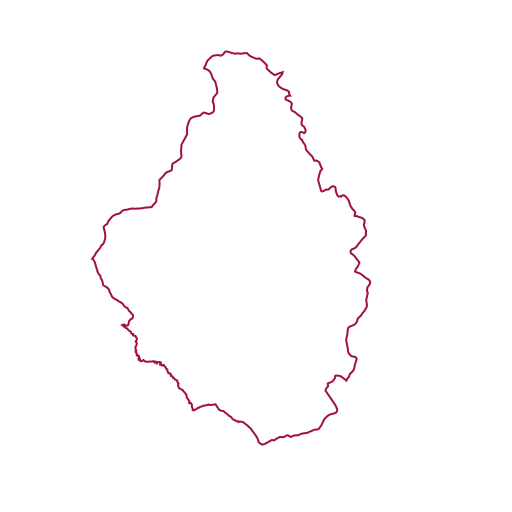 outline of Toribío, Cauca, Colombia, rotated 309°
{"feature_id": "7082276B98056345530252", "entity_name": "Toribío", "entity_type": "district", "adm_level": 2, "iso_a3": "COL", "parent_name": "Colombia", "parent_adm1": "Cauca", "projection": "orthographic", "projection_center": [-76.217, 2.971], "detail": "fine", "context": "isolated", "style": "outline", "palette": "rose", "viewbox_px": 512, "rotation_deg": 309, "n_neighbors": 0, "source": "geoboundaries", "source_scale": "gbopen_adm2", "svg_char_len": 6152}
<svg xmlns="http://www.w3.org/2000/svg" viewBox="0 0 512 512"><g transform="rotate(309 256 256)"><path d="M101.7,229.9L102.9,230.2L103.1,230.4L101.7,231.8L101.6,232.6L102.4,233.4L104.3,233.9L104.3,236.3L105.3,238.0L106.8,239.5L107.7,240.8L109.9,242.7L110.0,243.2L109.5,243.7L109.5,244.6L110.5,244.4L111.0,245.0L110.3,246.6L111.8,246.6L113.2,248.1L113.3,249.1L111.3,249.6L111.1,250.0L112.0,250.7L111.8,252.0L113.0,252.3L113.2,253.2L112.7,254.0L112.7,255.8L111.8,256.8L112.0,258.6L110.8,259.6L109.8,261.8L110.6,262.7L110.6,263.2L110.4,264.5L109.4,265.0L109.2,265.4L109.9,266.8L109.7,267.5L108.9,268.5L109.5,269.5L109.0,270.8L109.6,272.2L109.6,273.1L109.3,273.7L108.4,274.4L108.1,276.2L106.4,276.8L105.0,279.1L105.2,281.6L105.7,283.3L105.1,284.9L105.2,286.0L104.6,288.0L104.5,289.0L102.2,291.7L102.1,293.2L101.6,294.2L101.4,295.5L99.7,296.4L99.8,297.1L100.7,298.0L100.7,298.6L99.3,300.6L98.4,301.0L97.4,303.2L96.4,303.8L97.1,305.1L100.9,306.3L102.2,307.1L103.4,307.3L104.5,308.3L107.3,309.9L108.8,311.5L110.7,312.5L111.4,314.3L115.3,317.9L113.3,323.9L113.9,326.5L115.0,328.0L115.1,328.9L114.8,330.1L115.1,332.6L114.8,335.7L115.3,337.7L114.8,339.2L114.6,341.5L115.2,342.8L115.1,344.2L116.2,345.9L115.8,346.9L117.1,347.5L118.7,350.2L118.9,356.6L118.6,357.6L118.7,359.9L116.4,368.6L115.0,372.4L113.1,375.1L112.9,376.8L113.2,379.3L114.3,380.3L116.5,381.6L123.2,384.2L124.1,386.2L126.6,386.8L130.3,388.4L132.5,391.4L133.4,391.9L135.8,392.7L136.4,393.2L136.9,394.1L137.0,396.4L137.8,397.1L140.9,398.8L142.8,401.2L146.8,403.4L150.8,407.1L157.7,410.7L160.4,413.3L161.6,413.6L165.9,413.3L171.7,411.8L173.6,411.8L177.2,412.4L179.2,413.1L184.2,416.7L186.2,416.6L187.0,416.3L188.3,415.1L190.0,411.7L195.1,394.8L196.2,394.1L200.5,393.9L201.5,392.5L202.2,392.0L205.8,394.1L207.1,394.4L210.7,394.2L212.4,393.2L212.9,393.0L213.2,393.2L215.3,396.0L215.7,397.1L216.0,398.4L216.1,404.7L216.8,404.3L221.2,404.1L223.5,403.2L225.8,403.6L228.7,403.6L230.1,403.3L233.6,401.3L238.4,399.5L239.4,398.8L239.9,397.9L240.0,396.8L238.3,393.2L238.2,392.3L238.7,389.4L239.6,387.8L242.2,385.2L247.0,379.4L248.5,378.3L253.6,375.7L256.1,373.9L258.3,372.9L259.7,373.1L264.1,375.5L266.9,376.0L268.2,375.8L271.8,374.4L275.9,375.1L277.6,374.7L281.7,374.8L286.1,374.1L287.5,373.3L291.1,369.4L297.7,366.1L298.3,365.2L298.7,364.1L301.8,362.3L304.9,362.3L307.1,361.5L308.0,360.7L308.4,359.7L308.5,357.9L308.1,355.6L308.0,348.3L306.2,343.0L306.4,342.6L308.3,341.9L312.6,341.6L316.0,340.5L317.9,332.8L318.1,330.1L317.8,328.2L318.6,326.8L319.9,326.2L321.6,326.3L324.1,327.8L326.0,328.2L335.5,328.0L340.8,328.5L341.9,328.1L342.7,327.1L344.9,325.7L347.1,321.4L348.5,319.8L350.2,319.4L350.8,318.7L352.2,318.0L352.5,315.8L352.1,313.7L350.9,311.1L350.7,309.5L349.1,307.7L349.5,307.1L351.9,306.0L352.5,305.4L353.2,303.0L353.1,301.5L354.0,299.3L354.1,298.3L357.2,293.6L358.2,290.8L358.7,287.5L358.5,286.1L357.8,285.3L356.8,284.9L356.0,285.0L355.6,283.9L354.4,283.2L354.1,282.2L354.3,281.2L356.2,277.8L359.2,274.6L359.3,273.5L359.0,272.4L358.1,271.5L356.3,270.9L353.1,270.4L351.5,268.5L349.6,267.9L347.8,266.8L347.5,266.1L347.9,265.2L354.1,256.5L358.3,254.3L362.0,252.8L362.7,252.5L364.5,252.8L365.5,252.6L366.1,250.5L367.0,249.3L367.2,248.4L368.7,246.4L368.3,243.0L366.9,241.5L366.8,241.1L368.8,237.0L369.1,233.1L369.9,228.8L370.5,227.4L372.1,225.9L373.4,223.5L374.3,220.0L375.2,219.1L374.9,217.7L375.7,214.9L378.3,212.8L379.8,212.5L380.5,212.7L381.4,214.0L381.7,216.1L382.9,216.4L384.6,215.8L385.4,214.7L386.8,211.8L386.6,210.5L386.7,209.2L387.0,208.6L388.5,207.3L391.8,205.6L392.3,205.0L392.4,202.2L392.1,199.4L392.3,195.7L391.7,193.1L391.9,191.6L393.0,190.1L396.8,188.1L397.2,187.6L397.5,185.4L396.9,182.8L396.4,181.5L396.5,180.3L397.5,179.3L399.0,179.3L401.1,180.5L402.1,181.7L403.1,179.4L404.4,178.4L404.3,176.0L402.7,171.7L402.3,168.4L402.4,166.6L403.3,164.2L404.3,162.9L406.9,161.8L413.5,161.9L415.6,161.1L412.1,158.7L408.9,157.1L408.3,156.4L408.0,152.1L408.4,146.9L408.5,146.3L409.7,145.2L411.1,144.4L411.8,138.0L411.6,134.0L410.5,133.3L409.4,131.9L407.8,126.3L407.6,124.6L408.0,121.2L406.4,119.4L403.5,116.8L402.0,114.2L400.4,112.8L398.6,109.7L397.0,105.2L395.8,103.8L394.8,103.3L392.4,103.7L389.6,102.7L388.2,99.9L384.6,96.6L383.6,96.2L377.2,95.3L371.5,97.0L369.4,97.2L369.1,97.8L370.2,100.8L370.5,103.0L369.9,105.3L368.7,107.7L367.2,109.8L366.6,111.2L365.9,114.5L362.1,119.6L359.5,122.4L358.6,123.1L357.8,123.3L352.3,123.2L348.5,125.4L347.5,127.5L344.7,130.3L342.7,131.7L341.0,132.1L339.9,131.9L337.1,130.4L336.5,129.8L335.0,125.7L334.1,124.9L329.6,124.0L326.5,121.2L324.0,119.6L322.6,118.9L321.3,118.7L319.1,119.0L316.4,119.9L313.0,121.3L309.6,123.7L307.1,125.9L295.8,128.0L290.2,131.8L286.9,135.1L285.9,135.6L284.7,135.9L283.8,135.8L278.7,134.4L275.7,133.2L274.7,133.2L270.0,136.3L269.5,136.3L268.8,136.2L265.0,134.0L263.8,133.6L259.1,133.6L254.3,133.1L251.2,135.8L248.5,137.7L244.7,139.3L240.3,141.5L238.4,142.0L236.4,143.8L234.8,144.3L230.8,143.9L228.3,144.1L224.2,139.8L220.3,136.3L216.0,131.5L214.8,129.6L210.5,126.3L208.7,124.5L207.5,123.9L205.9,123.5L204.5,123.6L203.3,123.1L202.0,122.5L200.3,121.0L197.9,119.9L196.2,119.4L190.1,119.3L187.5,120.2L184.9,119.4L183.0,119.2L182.1,119.9L179.3,123.7L176.7,126.3L175.0,127.6L170.7,129.4L168.9,129.6L167.0,129.1L164.4,129.8L158.3,129.7L154.1,130.4L150.7,130.5L150.9,131.3L150.6,132.5L149.7,134.7L146.4,139.3L145.2,141.4L144.1,142.6L143.1,144.9L142.7,147.5L141.4,148.8L140.0,152.1L137.4,155.3L137.2,156.0L137.2,157.0L137.8,159.5L137.7,161.4L137.1,163.4L136.2,164.5L133.6,170.3L133.7,173.4L134.4,176.0L134.3,177.3L134.9,180.1L134.9,182.5L134.2,185.3L134.1,186.9L134.6,188.6L134.5,189.5L133.5,191.5L133.3,194.9L132.9,195.3L132.8,197.2L132.2,198.1L130.5,199.0L129.4,199.2L128.3,198.5L125.6,198.3L122.2,200.1L121.2,199.9L120.5,199.4L119.9,198.2L119.7,196.5L118.1,195.5L118.1,200.0L118.6,201.6L118.1,203.6L118.2,206.9L117.3,208.0L118.0,209.6L116.9,210.5L118.0,212.6L117.9,213.2L117.4,213.7L117.4,214.6L115.9,216.2L114.0,216.2L113.4,217.9L112.2,219.0L109.0,219.7L108.4,220.6L107.5,221.2L107.2,222.6L105.7,222.7L105.3,224.5L103.7,225.9L103.8,226.4L104.6,226.9L104.4,228.4L102.3,229.2L101.7,229.9Z" fill="none" stroke="#9f1239" stroke-width="2"/></g></svg>